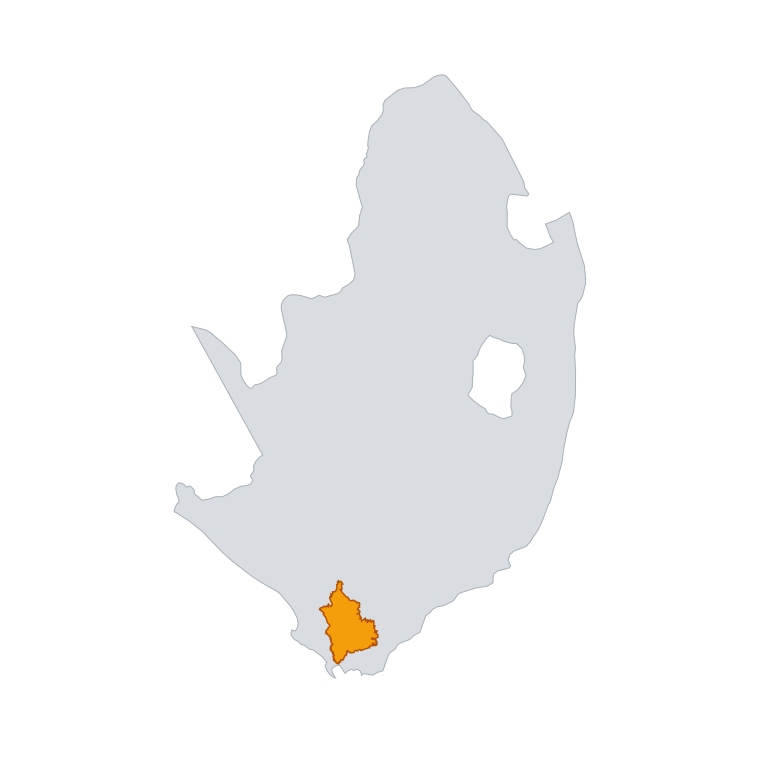 Cape Winelands, Western Cape, South Africa shown in context, rotated 331°
{"feature_id": "47623444B8262601395586", "entity_name": "Cape Winelands", "entity_type": "district", "adm_level": 2, "iso_a3": "ZAF", "parent_name": "South Africa", "parent_adm1": "Western Cape", "projection": "equal_earth", "projection_center": [19.211, -33.151], "detail": "fine", "context": "in_parent", "style": "filled", "palette": "amber", "viewbox_px": 768, "rotation_deg": 331, "n_neighbors": 0, "source": "geoboundaries", "source_scale": "gbopen_adm2", "svg_char_len": 9090}
<svg xmlns="http://www.w3.org/2000/svg" viewBox="0 0 768 768"><g transform="rotate(331 384 384)"><path d="M522.2,136.4L538.5,133.7L545.7,135.2L554.4,139.6L562.6,141.1L576.5,139.6L581.2,140.3L584.9,141.8L587.6,144.1L591.1,161.4L593.9,179.8L593.7,185.8L594.1,188.1L597.8,195.8L599.1,200.7L601.2,204.7L605.6,224.3L606.1,227.7L604.3,274.9L602.2,280.6L602.8,288.0L600.4,289.0L587.1,279.5L584.6,279.9L580.7,283.4L576.9,288.9L575.1,293.6L567.8,306.3L567.0,314.3L567.4,321.2L569.6,321.4L571.1,326.4L574.6,334.2L580.7,339.3L586.4,341.5L594.6,342.1L601.0,342.0L600.8,336.7L602.8,322.4L613.5,324.2L629.5,323.7L628.0,332.9L621.4,354.0L616.7,377.5L611.5,389.4L608.6,394.3L600.6,402.9L596.4,405.8L593.0,406.8L579.2,424.2L574.0,432.6L569.2,444.8L564.6,451.5L557.7,465.8L545.9,486.8L536.0,500.5L531.7,504.5L528.9,506.3L521.2,514.3L510.4,527.0L502.0,538.4L489.7,551.2L482.7,556.8L472.0,567.8L469.1,569.4L457.2,579.6L448.7,585.8L435.0,593.0L429.7,595.0L417.0,593.1L411.6,594.1L407.1,598.4L406.5,604.6L404.6,605.6L393.0,602.7L388.1,603.2L385.3,606.5L382.9,610.7L376.2,610.9L364.4,606.6L350.4,603.9L347.1,603.6L340.3,606.9L337.9,607.3L328.0,606.6L322.5,604.6L317.3,604.6L313.2,606.3L308.3,606.9L295.0,618.5L288.2,618.5L282.3,619.9L271.9,618.3L268.8,619.0L265.7,621.1L258.6,622.0L255.9,623.7L243.9,634.3L239.0,633.2L232.8,633.1L225.8,627.4L223.1,627.8L223.8,626.1L224.0,623.1L221.5,620.0L218.8,620.2L217.3,617.6L213.1,617.4L209.6,618.2L208.9,608.4L207.3,607.4L203.0,607.2L201.0,607.5L200.0,608.4L198.9,610.7L198.9,617.5L197.4,615.6L195.7,611.4L195.2,607.1L195.8,601.9L199.0,599.9L198.0,593.3L193.0,582.0L190.0,579.5L187.6,573.7L185.2,571.6L184.2,567.5L181.8,564.2L181.0,559.0L182.3,556.0L184.3,554.4L186.4,557.0L188.9,556.0L192.6,552.2L194.7,546.5L194.9,537.4L194.3,531.7L191.3,516.9L189.9,513.5L183.3,502.9L175.5,488.7L165.7,466.2L161.0,452.6L153.7,425.2L147.3,409.6L139.5,395.1L138.5,394.1L139.7,392.3L143.8,389.0L145.7,388.1L146.7,388.5L147.6,387.6L148.6,385.3L149.2,380.1L151.1,374.7L152.8,372.4L156.5,370.8L159.2,372.9L160.4,374.9L160.9,377.5L162.1,378.8L164.1,378.7L165.5,380.3L166.3,383.6L166.2,386.0L165.1,387.5L165.2,389.5L166.7,391.9L168.3,397.3L175.7,400.1L180.0,400.4L183.9,401.8L187.7,404.2L193.9,404.7L202.5,403.5L209.5,404.1L215.1,406.4L219.1,406.8L221.6,405.4L222.7,403.2L222.3,400.5L223.6,398.7L226.4,397.9L228.6,395.9L230.3,392.4L234.2,389.6L240.4,387.4L243.4,387.5L243.8,240.5L254.7,250.7L257.3,255.4L262.6,269.2L268.0,286.3L268.9,294.5L268.7,296.3L263.0,307.5L262.7,313.0L263.4,319.4L264.6,322.6L266.3,323.7L270.2,322.1L276.2,323.8L287.7,323.1L293.4,323.9L294.8,323.4L296.1,322.0L297.7,318.1L299.0,316.9L304.4,315.2L306.8,313.0L310.6,305.3L322.1,295.0L323.4,292.5L330.8,267.9L333.1,264.4L336.3,262.0L342.6,260.2L346.3,261.2L350.2,263.3L354.7,266.9L361.3,273.7L363.5,274.7L370.2,274.9L374.3,279.4L386.8,282.4L390.4,282.2L394.4,279.8L400.8,279.9L407.8,278.2L412.0,273.9L420.6,246.8L421.6,240.9L422.6,239.3L429.2,236.2L437.3,233.9L439.0,232.6L444.1,225.1L450.8,218.8L455.9,197.1L458.9,191.9L460.8,189.8L462.0,189.7L463.7,188.4L466.0,185.7L468.6,184.1L471.6,183.4L473.6,181.7L474.6,178.7L476.2,177.3L478.4,177.4L479.6,176.5L480.0,174.5L485.0,169.8L485.2,167.9L488.1,163.3L493.8,156.0L499.1,151.9L504.0,151.1L513.1,147.3L516.4,143.8L518.6,139.1L522.2,136.4ZM498.4,453.8L506.4,450.2L512.3,445.5L513.9,436.9L518.6,431.6L520.4,426.7L521.8,419.9L519.4,412.8L515.8,410.7L509.4,404.6L506.6,400.4L502.8,396.9L500.0,392.7L495.4,394.0L488.2,397.4L483.7,400.5L479.9,404.2L473.2,406.9L466.7,418.6L464.6,421.2L459.5,429.8L452.4,434.0L452.2,435.5L454.3,442.4L457.4,449.3L460.6,454.9L460.4,458.4L461.4,461.1L464.4,463.0L469.4,470.0L471.9,472.3L479.6,473.9L480.8,473.5L483.0,469.3L483.4,466.4L488.9,457.3L491.2,454.5L498.4,453.8Z" fill="#d9dde1" stroke="#a8b0b8" stroke-width="1"/><path d="M256.3,563.4L254.6,561.9L254.1,562.2L254.1,561.3L253.9,560.4L253.5,560.2L252.3,558.1L251.0,557.9L249.9,557.4L249.0,556.1L249.1,553.5L248.8,552.8L247.7,551.9L247.5,550.6L246.9,549.1L247.1,548.5L246.4,546.5L246.4,545.4L245.9,542.4L247.4,543.3L248.6,541.7L248.4,540.6L249.9,538.7L251.0,539.0L250.8,536.7L250.6,535.6L248.5,535.8L248.9,534.1L248.0,534.2L247.6,534.4L247.0,535.1L246.8,535.9L246.5,536.4L246.4,536.6L246.1,536.6L245.2,536.7L244.7,538.4L243.7,539.7L242.7,540.5L241.8,541.6L239.9,541.8L239.2,541.1L238.3,540.9L237.8,542.2L236.7,542.9L235.9,541.9L235.7,542.9L235.0,543.2L235.7,544.1L234.8,544.6L234.2,544.9L233.9,544.6L233.5,544.0L232.5,545.2L232.7,546.4L232.1,548.1L232.3,548.9L232.0,551.4L231.5,552.1L229.8,553.0L229.0,550.7L228.6,548.9L228.5,549.3L228.3,550.1L228.0,550.3L227.8,550.5L227.6,550.5L227.6,551.2L227.3,551.7L227.2,551.2L226.6,551.1L226.0,550.5L225.2,550.6L224.8,550.8L224.4,549.6L223.7,549.2L222.6,549.5L222.1,549.8L220.9,549.2L220.3,549.3L219.1,549.1L218.7,549.7L219.0,550.4L218.4,550.4L218.6,551.0L219.2,552.1L219.4,552.7L220.4,554.5L220.5,555.3L219.4,555.5L219.4,557.8L219.8,559.0L219.8,560.6L218.9,565.1L219.2,567.1L219.6,568.0L219.5,569.2L218.7,569.8L217.0,570.1L216.1,571.1L215.9,571.2L215.0,571.2L214.6,571.3L214.4,571.3L213.9,571.6L213.2,572.2L213.2,572.5L213.2,573.0L212.8,573.2L212.7,573.3L212.5,573.5L212.8,573.5L213.2,574.3L213.2,574.7L212.9,574.9L213.0,575.2L212.9,575.5L213.1,575.6L213.0,575.9L213.1,576.0L213.3,576.0L213.5,576.3L213.7,576.6L213.7,576.8L213.9,577.0L214.1,577.2L214.2,577.3L214.1,577.5L214.4,577.6L214.3,577.8L214.0,577.8L213.8,578.0L213.9,578.4L214.1,578.4L214.2,578.5L213.8,578.9L213.9,579.0L214.1,579.1L214.2,579.4L214.0,579.6L214.3,579.8L214.2,579.9L214.2,580.1L214.0,580.3L214.1,580.7L214.2,580.9L214.2,581.0L213.8,581.1L213.9,581.3L213.5,582.0L213.6,582.3L213.3,582.3L213.2,582.2L213.2,582.3L213.2,582.5L213.3,582.8L213.2,583.0L213.0,583.3L213.1,583.5L212.7,583.7L212.6,583.8L212.6,584.4L212.5,584.7L212.7,585.0L212.7,585.8L212.5,586.0L212.6,586.7L212.7,586.8L211.9,587.0L211.9,586.9L211.9,587.0L211.5,586.9L211.3,587.7L210.5,587.9L210.3,587.6L209.8,588.0L209.9,588.4L209.7,589.0L209.2,588.6L208.7,589.6L208.3,590.3L209.3,590.4L208.7,591.7L208.5,591.9L208.5,592.5L208.5,592.9L208.6,593.0L208.7,592.9L208.8,593.1L209.0,593.2L209.0,592.9L209.3,593.0L209.3,593.3L209.2,593.5L209.6,594.2L208.9,594.3L209.0,594.9L208.3,595.2L208.9,595.8L208.6,596.5L208.2,596.7L208.3,597.1L208.5,597.3L207.7,597.5L207.8,597.8L207.3,597.9L207.3,598.4L207.1,598.8L207.1,599.4L207.3,599.8L207.3,600.1L207.1,599.9L206.8,600.1L206.3,600.3L206.3,600.5L206.2,600.5L206.0,601.2L206.5,601.4L206.9,601.6L207.1,601.6L207.0,601.8L206.9,601.8L206.9,602.0L206.7,602.8L206.8,602.9L206.6,603.0L207.0,603.6L206.9,603.8L207.3,604.4L207.1,604.5L207.1,605.0L207.3,605.3L207.4,605.5L207.5,605.5L207.7,605.8L208.2,606.1L208.4,606.3L208.9,606.3L208.9,606.6L209.1,606.5L209.1,606.4L209.1,606.2L208.8,606.2L209.2,605.7L209.4,605.9L209.6,605.9L209.7,606.0L209.9,606.0L210.5,605.7L210.4,605.6L210.5,605.6L210.4,605.5L210.3,605.4L210.6,605.4L210.8,605.5L211.0,605.4L211.1,605.5L211.1,605.4L211.4,605.2L211.5,605.2L212.2,604.8L212.2,604.7L212.2,604.3L212.4,604.2L212.5,604.3L212.8,604.4L213.1,604.6L213.4,604.8L213.6,605.0L214.0,605.6L215.2,605.0L215.7,604.5L218.1,602.7L218.7,602.5L219.2,603.1L220.0,602.2L220.4,602.3L221.5,600.3L222.1,600.4L221.9,599.7L222.5,599.6L223.1,600.0L223.4,600.9L223.5,601.7L223.7,602.2L223.9,602.4L224.2,602.6L224.5,602.5L224.9,603.1L226.0,603.7L227.6,604.2L229.1,603.1L229.9,603.0L230.8,604.3L231.5,604.7L232.1,604.5L233.0,604.3L233.8,604.5L234.2,604.6L234.7,606.0L235.1,606.1L235.7,605.8L236.3,606.3L237.9,606.3L239.2,606.6L240.1,606.8L240.7,607.1L241.5,607.1L243.0,607.2L243.1,607.5L243.6,607.8L243.7,607.7L243.6,606.7L244.3,606.5L245.7,606.7L247.5,606.5L247.5,606.4L247.8,605.9L248.1,605.8L248.4,605.7L248.5,605.4L248.8,605.6L249.1,605.7L249.0,606.0L249.3,606.7L249.2,607.2L247.7,607.2L247.6,607.3L247.4,607.4L247.5,607.4L247.4,607.5L248.8,608.0L249.1,608.1L249.3,607.6L250.0,607.9L250.0,608.1L249.9,608.1L249.8,608.5L250.5,608.7L250.6,608.3L251.3,608.3L251.2,607.7L251.8,607.7L252.2,607.2L251.8,607.3L251.7,607.2L251.6,606.9L251.6,606.7L252.0,606.5L251.9,606.1L251.7,606.2L251.6,605.8L251.5,605.7L251.8,605.8L251.9,605.6L252.3,605.3L252.2,605.1L252.2,604.8L252.3,604.4L252.5,604.3L252.8,604.3L252.6,604.0L252.9,603.2L252.0,602.8L251.8,602.7L251.6,602.5L251.5,602.4L251.6,602.6L250.9,602.0L250.0,600.9L249.8,600.9L250.2,600.3L252.8,602.3L256.0,602.6L256.7,600.6L257.0,600.2L257.0,599.6L256.7,599.5L256.2,598.8L256.2,598.0L256.0,597.5L256.2,597.3L255.8,596.9L256.3,596.9L256.5,596.8L257.0,597.0L257.3,597.4L258.3,596.6L256.4,595.5L257.1,593.8L257.0,592.0L258.0,592.0L258.9,591.2L258.0,590.3L260.1,586.5L260.2,586.1L259.4,586.1L259.3,585.7L257.3,586.1L257.2,585.5L258.0,584.9L257.9,583.6L254.9,584.2L253.2,584.5L254.7,583.4L255.6,583.2L255.9,583.0L255.5,582.5L255.3,582.4L254.8,582.1L253.2,582.1L253.6,581.3L253.5,580.9L254.1,580.4L254.1,579.8L250.7,580.3L249.5,580.4L250.4,577.7L249.4,577.4L250.8,576.9L250.3,575.8L250.7,575.2L250.6,574.8L250.7,574.0L251.0,573.0L249.8,572.4L249.4,572.3L250.8,571.5L252.4,571.8L252.8,570.4L251.6,568.2L252.3,568.3L253.2,567.1L254.7,567.1L255.0,565.4L256.0,564.9L256.2,564.6L256.3,563.4Z" fill="#f59e0b" stroke="#b45309" stroke-width="1.5"/></g></svg>